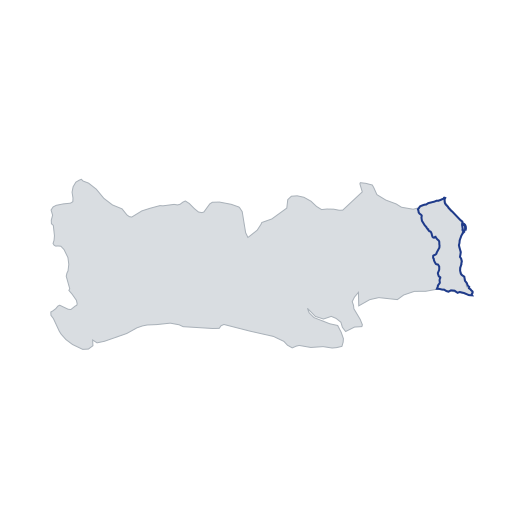 where Faro sits in Portugal, rotated 261°
{"feature_id": "PRT-745", "entity_name": "Faro", "entity_type": "District", "adm_level": 1, "iso_a3": "PRT", "parent_name": "Portugal", "parent_adm1": "", "projection": "mercator", "projection_center": [-8.165, 37.247], "detail": "fine", "context": "in_parent", "style": "outline", "palette": "blue", "viewbox_px": 512, "rotation_deg": 261, "n_neighbors": 0, "source": "natural_earth", "source_scale": "10m", "svg_char_len": 4708}
<svg xmlns="http://www.w3.org/2000/svg" viewBox="0 0 512 512"><g transform="rotate(261 256 256)"><path d="M197.3,60.9L203.2,55.2L209.1,51.4L212.3,50.0L225.9,46.1L229.5,44.2L232.8,44.6L233.4,46.4L235.3,50.0L237.5,52.5L238.1,54.4L232.8,62.1L232.1,64.8L234.9,69.7L235.3,71.2L236.7,71.9L240.3,71.7L246.9,68.5L251.3,65.8L252.8,66.9L265.7,65.4L268.7,66.6L270.7,68.0L277.0,69.8L283.9,70.0L292.4,67.4L296.2,64.8L296.9,61.9L297.1,59.7L298.2,58.3L300.1,57.5L303.1,59.0L307.5,60.1L317.9,60.6L319.9,59.0L323.4,59.4L328.1,61.5L333.5,60.8L336.2,63.3L337.3,66.6L337.6,73.8L337.2,81.0L338.3,83.6L341.9,84.3L347.8,84.3L353.0,86.2L357.1,89.6L358.5,93.1L359.1,95.5L357.1,96.9L354.2,102.0L347.0,108.7L336.8,114.7L328.9,122.2L323.5,131.1L316.8,134.9L314.7,137.0L313.9,139.4L318.4,150.3L319.7,158.7L320.8,169.0L320.1,171.9L319.8,183.2L318.7,186.5L319.0,189.2L320.6,192.1L321.4,194.8L318.3,198.3L312.6,202.4L308.5,206.0L307.3,209.3L307.6,211.4L314.7,218.5L315.9,221.3L315.0,228.3L310.9,239.7L307.1,246.7L306.4,247.3L302.0,249.3L280.7,249.4L275.6,250.9L276.3,252.3L281.3,261.2L286.5,265.9L288.2,267.0L290.1,277.4L298.5,293.9L306.7,296.2L309.5,300.3L309.0,306.1L306.5,312.5L301.5,318.9L295.5,323.5L291.6,328.0L291.3,333.3L290.1,340.0L288.2,345.2L287.7,348.8L302.7,371.0L311.0,369.9L312.1,370.5L310.6,375.8L307.9,382.0L304.8,383.1L297.7,385.0L290.9,393.0L285.5,402.6L281.4,407.3L277.6,418.6L278.1,423.6L279.9,431.2L283.8,450.9L278.2,451.8L256.8,464.6L250.1,464.6L237.7,459.0L215.7,457.2L208.6,455.5L199.7,459.2L192.8,459.1L187.3,463.8L183.3,462.5L187.8,451.9L194.9,430.9L194.6,418.1L196.3,406.9L194.4,395.8L190.8,388.8L195.7,370.8L195.1,361.5L190.7,349.7L204.1,351.5L200.0,346.8L195.9,343.9L191.9,344.6L188.6,344.4L177.1,349.0L171.4,350.3L169.7,349.5L170.4,342.2L167.4,332.7L172.0,330.2L177.3,329.5L181.8,325.4L184.6,320.9L183.2,312.8L187.1,305.1L196.3,298.6L191.6,299.6L186.1,303.6L177.5,318.3L174.6,325.8L167.3,328.2L160.7,329.4L157.3,328.6L153.3,326.7L152.9,321.2L153.2,316.8L156.0,308.1L157.1,295.8L160.9,284.7L160.7,281.8L159.6,277.4L163.0,273.1L167.3,270.2L173.8,260.7L182.9,237.9L193.4,213.6L192.6,210.6L190.3,208.3L191.2,201.8L197.6,173.0L200.1,169.3L203.1,160.8L203.8,147.1L204.9,137.7L204.7,132.9L203.7,127.2L199.7,116.3L195.5,93.1L195.1,85.4L198.6,81.5L192.9,80.9L190.3,75.9L190.9,70.2L197.3,60.9Z" fill="#d9dde1" stroke="#a8b0b8" stroke-width="1"/><path d="M276.9,423.2L277.4,424.0L277.9,424.5L279.0,425.4L279.4,425.9L279.8,427.4L280.2,429.3L280.4,431.1L280.2,432.0L281.3,434.4L281.8,440.7L282.4,443.3L282.0,444.5L282.3,446.3L283.2,449.8L283.4,450.2L283.6,450.5L283.7,450.8L284.1,450.9L284.1,451.4L283.7,452.0L282.6,451.2L281.3,450.9L279.8,450.8L278.5,450.9L277.1,451.5L274.5,453.3L273.5,453.6L269.8,456.1L269.3,456.7L259.8,463.3L257.7,465.2L256.8,465.2L255.8,464.7L254.4,464.4L250.6,464.4L249.5,464.0L248.9,464.9L248.3,464.8L247.5,464.3L246.8,464.0L247.5,464.9L247.7,465.4L247.8,466.1L246.3,464.0L244.1,462.1L239.6,459.6L237.0,459.0L235.0,458.1L232.9,458.2L227.8,458.9L225.6,458.2L223.2,457.3L221.4,458.2L218.6,458.5L215.9,457.5L215.7,457.6L212.4,455.8L209.7,455.3L206.7,455.5L205.8,455.8L205.0,456.3L203.0,458.5L199.1,458.5L198.4,458.7L196.7,459.8L195.9,460.1L194.9,460.2L193.5,460.6L192.1,461.8L190.8,461.3L189.7,462.5L189.2,462.9L188.5,463.1L187.3,464.2L186.6,464.4L185.6,464.1L185.0,463.4L184.3,463.0L183.3,463.4L183.8,461.2L184.1,460.1L184.4,459.6L186.9,455.7L187.8,453.5L188.6,451.6L188.1,449.3L189.2,448.2L190.7,446.7L191.6,443.2L191.1,441.8L190.6,440.5L191.6,438.5L193.4,436.5L193.7,434.6L194.8,432.0L195.3,429.5L196.1,430.0L197.3,430.8L198.3,431.0L199.3,431.9L199.8,432.5L200.4,433.1L200.9,433.4L203.5,433.5L205.1,434.2L205.5,434.6L206.1,434.7L206.5,434.4L206.8,434.0L207.1,433.5L207.6,433.3L210.1,432.9L210.8,433.0L213.2,434.5L214.2,434.9L216.9,435.3L218.0,434.9L219.1,434.4L219.4,433.7L219.5,433.1L219.9,432.5L220.2,432.3L222.6,431.4L224.0,431.1L224.7,431.1L225.3,431.2L225.9,430.8L227.0,430.7L228.6,431.1L229.0,432.1L229.2,433.2L229.4,433.7L230.1,434.6L231.1,435.0L235.5,438.4L237.5,438.9L238.8,438.9L241.2,439.2L241.8,439.2L242.8,438.8L244.2,437.6L246.4,436.4L246.9,436.3L246.9,435.9L246.4,435.2L246.2,434.9L246.3,434.4L246.6,433.9L247.4,433.3L249.5,433.0L250.3,433.0L252.1,432.6L252.9,432.1L253.2,431.6L253.3,431.1L254.4,430.4L255.4,430.3L255.5,429.8L255.9,429.6L256.4,429.4L257.5,428.8L257.9,428.8L258.3,428.5L258.7,428.3L259.8,427.5L264.8,425.4L268.1,425.4L268.4,425.6L269.3,425.8L269.7,426.0L270.3,425.9L271.0,425.4L272.2,424.2L273.5,423.5L275.3,423.5L276.9,423.2L276.9,423.2ZM249.1,466.6L252.4,467.1L253.6,466.6L255.1,465.0L255.3,465.3L255.4,465.5L255.5,466.1L255.2,466.4L255.1,466.6L254.0,467.4L252.4,467.8L250.6,467.7L249.1,467.2L249.1,466.6Z" fill="none" stroke="#1e3a8a" stroke-width="2"/></g></svg>